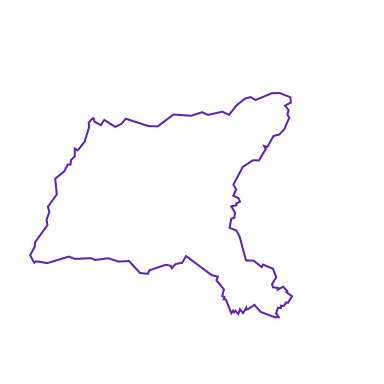 Debartsa, Debarca, North Macedonia, rotated 292°
{"feature_id": "65306769B78023528365293", "entity_name": "Debartsa", "entity_type": "district", "adm_level": 2, "iso_a3": "MKD", "parent_name": "North Macedonia", "parent_adm1": "Debarca", "projection": "natural_earth1", "projection_center": [20.818, 41.302], "detail": "fine", "context": "isolated", "style": "outline", "palette": "violet", "viewbox_px": 384, "rotation_deg": 292, "n_neighbors": 0, "source": "geoboundaries", "source_scale": "gbopen_adm2", "svg_char_len": 1723}
<svg xmlns="http://www.w3.org/2000/svg" viewBox="0 0 384 384"><g transform="rotate(292 192 192)"><path d="M67.8,71.6L67.3,72.2L69.3,73.4L71.9,84.5L85.9,101.9L86.2,108.8L92.9,123.3L92.7,127.7L99.2,139.1L100.0,150.0L104.4,159.5L97.4,174.1L99.6,181.7L103.5,181.9L114.6,194.8L115.7,199.9L113.8,201.7L119.2,203.9L122.7,209.4L130.4,210.5L122.3,241.3L123.1,247.7L119.2,247.8L113.6,258.1L106.8,259.0L106.8,261.5L104.4,261.6L105.1,263.6L94.3,273.9L97.4,274.6L96.2,276.1L98.2,276.8L96.2,280.7L101.2,280.4L98.8,284.7L104.9,285.7L103.5,286.6L104.7,288.2L110.8,292.1L106.5,300.5L106.9,315.6L108.4,319.3L111.1,315.3L116.9,315.1L117.8,317.9L119.9,317.0L120.8,319.9L124.9,320.6L125.3,322.5L132.8,323.8L134.5,317.0L135.7,317.6L138.3,312.0L133.6,308.1L135.2,307.8L134.0,302.8L136.4,300.7L144.5,302.0L151.2,295.8L151.3,285.2L148.5,284.7L151.4,275.0L148.8,267.7L168.8,252.6L173.0,247.4L172.8,240.2L182.0,238.5L184.1,240.9L189.0,239.6L193.4,233.8L196.3,238.1L197.8,237.3L201.0,240.1L203.8,237.4L204.1,231.7L210.8,232.0L214.4,227.6L234.3,229.7L244.3,236.6L246.3,242.2L259.4,244.3L261.7,241.6L261.9,245.0L274.5,246.6L277.9,251.3L284.3,254.0L297.5,254.3L299.4,251.5L304.1,250.9L306.9,245.9L312.0,250.2L316.7,247.7L316.6,236.2L313.5,229.0L301.1,216.5L301.9,210.8L298.4,206.1L288.8,200.7L277.4,197.5L277.8,190.0L269.5,178.0L269.8,171.5L262.4,162.7L256.9,145.8L240.0,135.6L236.8,126.9L235.2,103.2L228.7,101.0L223.6,96.4L226.0,83.6L219.8,82.5L220.6,75.4L223.5,73.0L221.5,71.5L217.3,70.3L214.1,72.2L198.6,73.6L187.8,70.5L188.4,67.1L181.1,70.0L176.4,67.9L171.9,69.1L171.1,66.6L163.3,65.8L153.1,60.2L139.1,67.5L124.3,63.9L120.2,67.2L111.6,67.6L107.2,70.4L86.6,65.3L82.7,66.7L72.7,65.6L67.8,71.6Z" fill="none" stroke="#5b21b6" stroke-width="2"/></g></svg>